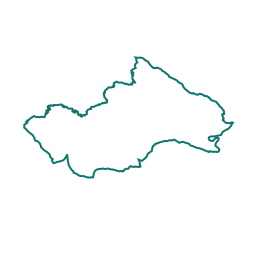 the district of Litjotjela, Leribe, Lesotho, rotated 123°
{"feature_id": "5366337B63854375495217", "entity_name": "Litjotjela", "entity_type": "district", "adm_level": 2, "iso_a3": "LSO", "parent_name": "Lesotho", "parent_adm1": "Leribe", "projection": "albers", "projection_center": [28.008, -28.934], "detail": "fine", "context": "isolated", "style": "outline", "palette": "teal", "viewbox_px": 256, "rotation_deg": 123, "n_neighbors": 0, "source": "geoboundaries", "source_scale": "gbopen_adm2", "svg_char_len": 5819}
<svg xmlns="http://www.w3.org/2000/svg" viewBox="0 0 256 256"><g transform="rotate(123 128 128)"><path d="M181.7,216.8L182.8,215.9L184.2,215.4L184.6,212.3L185.0,211.3L185.4,209.9L185.9,203.8L187.4,200.9L188.3,200.1L188.9,199.4L189.0,198.3L188.5,197.3L188.4,196.1L188.7,194.3L189.0,193.3L189.7,192.7L190.1,191.6L191.5,190.5L191.6,189.3L192.3,186.7L192.3,182.3L192.7,180.0L193.3,178.8L194.3,177.9L195.1,175.7L195.1,174.2L196.1,174.2L197.1,173.7L197.8,172.2L198.0,171.2L197.2,170.4L195.6,169.4L193.3,167.1L190.3,164.7L188.6,164.3L185.3,164.3L183.2,164.7L188.9,160.1L190.0,158.7L191.3,157.6L193.4,153.6L193.9,151.9L194.1,150.2L195.1,149.3L194.4,145.7L194.7,143.8L193.9,141.0L192.7,139.5L191.4,134.8L190.1,132.7L189.5,132.1L188.4,130.4L184.9,131.8L183.4,132.2L181.7,132.3L180.3,131.7L178.7,130.6L175.5,126.6L174.8,124.7L173.3,123.3L172.8,122.4L172.0,119.6L171.4,118.8L171.0,117.9L169.1,111.8L168.6,111.3L167.5,109.9L167.5,109.3L167.0,109.0L166.8,108.4L166.1,108.5L165.5,108.1L164.2,108.1L162.7,106.7L162.4,105.9L162.0,105.6L159.8,105.5L158.6,105.1L158.3,103.7L157.8,102.6L157.2,101.6L156.1,100.5L155.4,98.7L154.8,97.9L154.2,97.6L154.2,96.9L153.6,96.6L152.9,97.1L152.0,98.5L151.1,99.0L150.4,99.6L148.8,101.8L148.3,99.4L147.8,98.3L144.2,97.2L141.5,96.8L139.4,97.2L138.2,97.2L134.3,95.5L132.0,96.6L130.8,96.8L130.1,97.2L128.5,96.9L128.1,96.4L127.0,96.7L126.0,95.9L125.4,95.8L124.9,95.4L124.7,94.7L123.4,94.1L122.6,93.5L119.4,90.6L118.3,89.3L118.4,88.8L118.2,88.5L116.7,87.2L115.6,86.5L115.1,85.7L115.1,85.2L114.5,84.7L113.8,83.5L112.6,83.1L112.4,78.7L112.6,77.3L112.5,77.0L111.3,76.2L110.3,75.2L109.4,73.8L109.0,71.2L108.3,69.6L108.0,67.9L108.5,67.1L108.5,65.4L107.9,64.0L107.4,60.2L106.6,58.5L105.6,55.3L104.6,49.6L104.0,47.0L103.3,47.0L103.0,46.8L101.7,43.7L100.4,41.9L99.6,40.3L98.8,39.4L98.2,39.2L97.2,39.3L96.2,39.8L95.8,40.9L95.5,42.6L95.4,44.8L94.8,45.4L93.1,46.0L91.3,46.0L89.0,45.6L87.3,46.3L87.3,47.1L87.6,47.6L88.8,48.9L89.5,49.2L92.5,49.7L92.9,49.9L93.0,50.6L93.8,52.0L93.8,53.2L92.9,54.6L92.1,54.9L91.7,55.0L91.1,54.7L90.3,54.1L89.6,53.4L87.9,50.8L83.3,46.3L82.7,46.0L81.4,46.5L80.4,46.5L79.2,46.2L75.4,44.4L75.0,43.9L73.1,43.2L70.1,42.7L67.4,43.1L66.5,42.9L66.6,43.6L66.9,44.1L67.4,44.5L67.8,44.4L68.5,45.0L68.8,46.0L69.5,46.8L70.2,48.1L70.3,48.6L69.8,52.7L69.3,53.1L68.4,52.7L68.0,52.9L67.6,53.3L67.4,54.2L65.5,56.3L65.0,56.4L64.6,56.1L64.7,55.7L64.5,55.2L64.0,55.0L63.5,55.2L61.2,57.2L61.0,58.7L60.2,60.3L60.0,61.0L60.1,62.2L59.9,63.0L59.0,64.6L58.7,66.6L58.0,67.6L58.7,71.2L59.3,73.0L59.2,73.8L58.5,74.8L58.7,76.1L58.2,76.9L58.5,79.9L59.0,80.3L59.3,80.8L59.4,81.5L59.4,83.5L60.1,86.3L60.6,86.8L61.9,87.3L62.3,88.0L63.0,90.1L63.1,92.3L64.0,92.8L64.4,93.7L64.8,95.9L64.2,101.3L63.4,103.8L62.0,105.8L61.7,107.1L62.1,109.7L61.9,110.3L62.0,111.3L61.4,113.2L62.6,121.1L62.5,121.5L61.7,122.4L61.7,123.3L61.3,124.7L61.5,126.2L61.2,127.2L61.1,128.3L61.4,130.3L60.8,132.1L60.8,132.5L61.4,136.4L62.7,137.3L62.8,138.1L63.9,139.2L63.5,141.5L62.9,144.2L62.3,145.4L62.3,146.0L61.5,147.1L61.4,148.0L61.8,149.7L61.4,153.3L61.5,154.2L61.9,155.4L64.1,158.5L64.7,159.9L65.0,159.1L66.7,158.0L68.0,155.9L69.3,156.5L71.5,156.5L72.5,155.7L73.4,154.3L76.1,155.8L78.0,156.5L78.8,155.6L78.6,154.1L79.0,153.5L79.5,153.6L79.4,154.7L79.6,155.1L80.0,155.1L80.4,153.9L81.2,153.3L80.9,152.6L80.9,152.3L81.3,152.1L82.3,152.5L83.0,152.2L83.4,151.7L84.6,150.8L84.6,150.1L85.6,149.3L86.2,149.2L86.2,148.8L85.4,148.6L85.3,148.3L86.1,146.9L86.3,147.2L86.2,147.8L87.2,148.8L88.1,148.9L89.2,148.1L89.5,148.5L89.4,149.5L90.2,149.6L91.0,150.8L91.5,151.1L91.7,153.3L91.9,153.8L92.3,153.9L92.7,154.4L92.9,155.8L93.0,157.0L93.7,158.8L94.9,160.1L95.3,162.8L95.8,163.1L96.4,163.1L96.7,163.6L97.6,164.0L98.2,164.3L98.6,164.2L99.8,162.7L100.7,162.4L101.0,163.4L101.3,163.4L101.3,162.7L101.7,162.6L101.9,162.7L101.9,163.2L102.2,163.7L103.1,164.2L103.8,164.9L104.2,166.2L104.4,166.3L105.3,166.7L105.8,166.5L107.0,167.1L109.2,167.6L109.7,167.3L110.4,167.4L110.8,166.8L111.0,167.2L111.6,167.4L112.4,166.7L113.4,166.4L113.4,165.9L113.7,165.6L114.4,164.9L115.0,164.7L115.3,163.3L115.9,161.7L115.8,161.1L116.0,161.0L116.8,160.8L116.8,160.2L117.2,159.8L118.4,159.7L119.1,160.5L119.5,161.3L120.5,161.9L120.6,162.9L124.3,164.6L124.4,164.9L124.2,165.5L124.5,165.7L126.1,166.3L127.2,167.4L128.6,168.0L129.2,168.7L129.7,169.1L130.0,170.0L131.0,170.3L132.1,169.4L133.1,170.6L134.9,171.6L136.1,171.7L136.7,171.3L137.1,171.6L137.5,171.0L138.4,170.4L138.6,170.1L138.9,170.1L139.8,170.7L140.9,170.9L140.9,172.0L141.1,172.4L143.2,172.7L143.9,173.4L144.0,174.2L143.7,174.7L143.2,174.6L142.7,174.2L142.4,174.6L142.6,175.4L143.9,176.5L143.9,177.5L143.7,177.7L142.6,178.1L142.0,178.4L141.6,179.2L141.6,179.6L141.9,180.7L141.9,181.7L142.3,182.2L142.7,182.2L143.5,180.6L144.2,181.1L144.4,182.2L144.1,184.0L142.9,184.2L142.4,184.6L142.2,185.1L142.3,185.8L143.2,186.9L144.2,188.8L144.1,189.7L143.7,190.5L144.1,191.3L144.1,192.1L144.7,192.6L145.2,192.5L145.5,192.8L145.6,193.3L144.6,193.4L144.3,194.3L144.6,194.6L145.3,194.8L145.4,195.0L144.6,196.1L144.5,196.5L145.8,198.3L147.0,199.2L148.1,201.1L148.6,201.6L148.9,202.6L149.4,202.9L150.0,202.6L150.5,203.1L150.8,204.9L151.3,205.4L152.1,205.5L152.3,205.7L152.3,206.5L152.6,206.7L153.9,207.0L154.2,206.1L154.2,205.7L154.4,205.6L154.8,205.8L155.0,205.5L155.3,204.8L155.2,204.4L154.7,204.2L154.1,204.3L154.4,203.6L154.8,203.4L155.8,203.8L156.1,204.6L156.0,205.0L156.3,205.3L156.6,205.2L157.0,204.2L157.5,204.1L158.2,204.3L158.2,204.6L157.8,204.8L157.4,205.5L157.8,206.0L158.3,205.8L159.0,204.5L158.7,204.1L158.8,203.7L159.5,203.9L160.1,205.0L160.4,205.1L160.8,204.8L160.9,204.3L161.3,204.5L164.3,204.0L165.1,205.1L165.3,206.3L167.3,208.3L167.9,209.8L168.7,210.6L169.1,212.2L169.1,213.3L173.5,215.3L175.4,215.6L176.3,216.4L178.0,216.7L177.7,215.6L178.8,215.4L180.5,216.4L181.7,216.8Z" fill="none" stroke="#0f766e" stroke-width="2"/></g></svg>